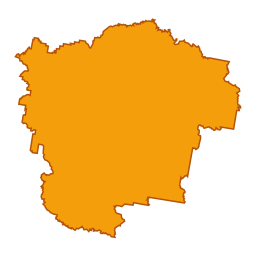 the district of Walcha, New South Wales, Australia
{"feature_id": "25037944B3824833794033", "entity_name": "Walcha", "entity_type": "district", "adm_level": 2, "iso_a3": "AUS", "parent_name": "Australia", "parent_adm1": "New South Wales", "projection": "mercator", "projection_center": [151.721, -31.198], "detail": "fine", "context": "isolated", "style": "filled", "palette": "amber", "viewbox_px": 256, "rotation_deg": 0, "n_neighbors": 0, "source": "geoboundaries", "source_scale": "gbopen_adm2", "svg_char_len": 5651}
<svg xmlns="http://www.w3.org/2000/svg" viewBox="0 0 256 256"><path d="M109.5,26.5L103.3,31.5L102.6,35.0L101.1,35.3L100.4,37.5L99.1,37.8L97.9,37.1L97.0,37.8L94.8,37.6L94.0,40.8L93.2,40.7L92.9,41.3L93.1,43.4L90.6,48.0L89.6,47.7L88.1,44.4L86.2,43.2L85.3,41.2L79.6,40.3L79.2,42.6L74.6,41.9L74.3,44.0L70.4,43.3L70.8,44.9L63.5,43.7L63.1,46.4L59.9,45.9L59.4,49.1L56.5,48.6L56.2,50.9L54.4,50.6L54.2,51.8L55.9,52.0L55.8,53.0L52.3,52.4L52.2,53.3L47.3,52.5L48.3,46.1L45.7,45.6L46.0,43.9L40.5,42.9L41.0,41.4L39.0,41.0L39.2,39.9L38.3,39.8L38.5,38.4L34.3,37.7L34.0,39.7L33.0,39.5L31.1,48.9L29.8,48.6L29.2,47.2L27.4,49.0L27.6,49.7L25.7,51.1L26.1,51.7L25.5,52.0L25.1,53.5L24.5,52.9L24.1,53.6L23.9,52.5L23.2,52.7L23.1,53.6L22.7,53.2L20.2,55.0L19.8,56.1L18.6,53.9L17.1,54.3L15.4,56.7L18.5,57.7L19.8,59.0L20.0,60.9L21.8,60.9L23.3,63.9L25.4,64.4L25.9,65.4L27.1,65.5L27.4,68.0L28.2,69.5L28.1,70.9L24.5,71.0L20.9,74.5L19.9,76.3L22.8,76.8L22.3,79.5L24.0,79.8L24.8,81.3L27.3,81.7L27.8,83.0L27.0,83.5L29.0,84.5L28.6,86.7L27.2,87.5L26.9,89.4L27.4,89.5L27.3,90.1L30.9,90.7L30.1,95.5L28.2,94.5L26.8,94.7L24.8,96.0L23.2,96.1L23.1,96.8L21.9,97.2L21.9,97.9L20.4,98.4L20.6,99.0L19.3,98.8L19.7,99.1L18.8,104.2L25.7,105.4L25.1,109.2L25.8,108.3L26.4,108.7L25.3,115.2L24.1,114.8L23.3,115.2L22.1,122.3L23.5,123.5L24.6,123.0L26.4,123.7L27.5,125.7L27.1,126.6L27.4,127.6L30.0,128.5L31.2,128.2L30.8,130.8L32.1,131.1L34.2,129.7L35.6,130.1L35.0,134.3L32.9,133.9L30.3,150.3L31.6,151.6L32.0,151.1L32.6,152.7L37.2,153.3L38.7,144.2L42.4,144.8L43.6,146.1L43.2,153.4L44.4,154.9L43.5,156.1L43.6,157.5L44.9,159.8L47.2,160.7L49.4,162.8L50.2,165.9L51.7,167.0L51.3,169.3L52.2,169.9L53.2,172.4L52.8,173.7L50.8,173.7L49.2,175.1L46.8,174.8L46.3,175.3L44.0,173.0L41.4,175.1L41.5,176.7L40.8,177.3L42.3,180.5L43.7,180.7L43.6,181.6L44.9,181.8L44.0,182.5L42.9,184.9L41.4,186.2L42.2,186.3L41.9,186.9L42.4,186.9L41.8,187.9L43.3,188.1L42.5,190.1L43.3,191.9L42.5,192.9L42.5,194.0L41.6,194.5L41.2,196.9L42.0,199.1L44.3,199.1L43.7,201.1L45.1,202.5L43.4,203.4L43.0,204.1L44.8,205.7L45.3,207.2L47.2,210.0L49.1,210.9L50.3,212.4L53.5,214.1L57.0,214.8L57.2,216.0L55.9,217.2L56.3,218.1L55.8,218.8L57.5,219.5L58.2,221.0L59.1,221.3L59.7,220.5L60.1,221.6L61.1,221.6L61.9,222.7L62.8,222.3L63.3,223.0L62.8,224.1L63.3,224.1L63.1,224.7L65.0,224.4L64.9,225.1L65.8,225.9L67.2,225.7L66.8,226.3L68.3,226.9L68.1,227.5L71.3,228.7L71.3,227.8L72.6,228.0L73.4,229.3L75.2,230.2L76.7,228.3L78.3,228.9L81.9,226.6L81.9,227.5L82.8,227.5L83.6,228.4L83.8,229.7L86.9,229.4L88.8,231.5L89.5,230.2L91.2,230.4L90.4,229.2L91.7,229.5L92.3,228.4L92.8,228.4L93.6,228.8L93.6,229.7L94.2,229.7L93.8,231.0L95.9,230.6L97.4,231.0L99.1,229.9L101.1,231.4L100.3,232.4L100.9,233.4L102.8,233.5L103.1,232.7L105.1,233.6L105.6,232.9L108.0,234.9L108.6,234.4L109.9,234.8L111.3,236.7L114.9,237.2L114.3,236.2L114.7,234.1L115.3,234.0L114.8,233.1L115.2,232.5L114.6,230.6L114.9,228.2L118.8,225.4L120.2,225.9L120.5,224.2L124.6,221.2L124.2,219.7L122.5,219.0L121.6,217.6L121.2,214.7L116.4,213.0L115.3,211.7L115.5,210.5L114.3,208.9L114.9,207.9L114.2,206.4L115.7,206.7L115.9,205.6L119.3,205.8L121.8,206.6L124.6,204.1L133.1,205.1L133.5,202.7L148.6,205.4L149.3,204.6L147.6,203.0L148.4,201.3L147.8,200.8L147.9,199.8L147.2,199.8L148.5,198.8L147.5,198.3L148.0,197.1L184.3,203.0L185.0,201.9L183.9,200.5L183.8,199.2L184.4,198.8L183.6,197.9L183.9,196.6L183.1,196.3L183.6,195.8L183.4,193.4L184.2,192.6L184.7,192.8L185.1,192.0L184.1,189.9L181.4,188.2L181.0,188.6L180.2,187.6L180.4,186.3L179.6,185.3L180.9,177.6L181.5,178.9L182.3,178.1L182.8,178.3L185.0,175.9L186.1,176.0L187.0,175.1L187.6,176.3L192.7,147.9L194.0,148.5L195.1,148.2L195.9,149.5L197.8,148.2L198.9,146.4L198.8,145.4L200.6,138.3L200.5,135.8L198.8,135.2L198.2,134.2L199.1,133.1L199.2,130.7L198.8,129.8L197.9,129.5L197.7,127.9L198.7,125.4L199.8,124.9L201.5,126.1L202.7,126.0L203.7,127.9L204.4,128.2L208.8,126.8L210.1,127.8L210.9,127.7L211.6,128.8L212.6,128.9L213.9,130.3L215.7,129.7L216.1,127.7L218.0,129.5L219.9,129.9L221.1,128.6L220.5,127.0L233.6,129.1L236.7,110.4L239.2,110.6L239.3,109.6L237.9,107.4L238.4,107.0L240.5,107.9L240.6,106.9L239.5,105.2L237.9,104.9L237.5,101.9L237.9,100.8L237.5,99.8L238.0,98.6L237.4,97.5L238.7,95.7L236.7,93.0L239.7,91.3L239.3,88.7L235.7,86.3L235.3,85.0L233.4,85.7L228.6,82.6L228.5,81.6L227.5,81.9L225.1,81.2L223.7,78.6L226.4,75.3L226.6,73.8L227.7,74.1L228.9,72.1L228.3,70.9L227.6,70.6L228.1,69.2L227.1,68.8L227.4,67.5L226.8,66.2L227.0,64.9L227.7,64.8L229.2,61.7L209.0,57.8L207.9,58.9L207.1,57.8L205.6,57.9L205.2,57.2L204.1,57.8L204.5,56.8L202.5,56.9L202.0,56.4L202.5,54.4L201.4,53.2L201.0,51.3L199.9,50.8L199.6,48.2L198.5,47.2L198.8,46.6L198.3,46.0L197.4,47.0L196.5,46.9L193.2,44.0L192.5,44.4L192.4,46.4L191.4,46.5L188.4,43.3L185.0,42.3L184.3,40.1L182.9,41.2L179.6,41.3L178.2,44.1L174.8,44.5L174.1,43.1L176.6,40.5L176.9,39.1L176.3,38.9L175.5,40.6L173.6,40.2L171.5,36.0L169.8,35.5L170.9,33.4L169.8,32.0L169.8,29.6L168.3,29.7L168.2,31.4L167.4,32.3L164.9,29.8L164.3,30.2L164.8,31.5L164.1,31.8L163.4,31.4L161.9,31.8L162.1,30.3L161.0,30.3L160.2,29.6L157.9,30.3L158.8,27.8L158.2,27.3L156.4,28.1L156.9,26.2L155.6,23.4L154.4,23.0L154.4,22.3L153.5,21.5L154.8,20.0L152.6,19.8L153.1,18.8L152.0,19.8L152.0,21.6L149.1,21.0L147.2,21.4L145.9,20.6L145.4,21.6L143.1,21.4L143.3,22.2L142.4,21.8L142.4,22.7L141.0,22.2L140.4,23.1L140.4,23.9L139.5,23.5L138.3,24.4L137.7,23.5L136.4,24.5L135.7,23.1L134.4,23.2L133.0,24.1L133.4,25.2L132.7,24.7L131.7,25.9L130.3,25.2L127.3,26.1L126.9,26.8L126.5,26.2L126.9,25.6L126.1,25.5L125.6,24.8L124.8,25.1L123.6,24.4L122.2,25.1L120.8,24.3L119.8,25.0L118.9,23.7L118.0,24.3L118.6,25.6L115.5,25.3L112.3,26.8L111.2,26.2L109.5,26.5Z" fill="#f59e0b" stroke="#b45309" stroke-width="1.5"/></svg>